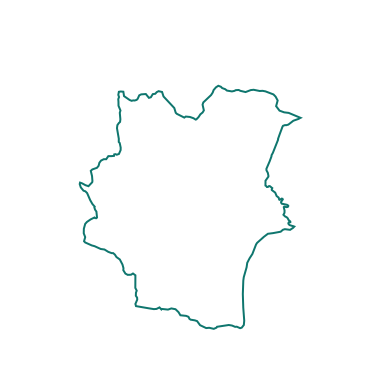 Kindia, Kindia, Guinea (orthographic projection), rotated 303°
{"feature_id": "49546643B82751767083924", "entity_name": "Kindia", "entity_type": "district", "adm_level": 2, "iso_a3": "GIN", "parent_name": "Guinea", "parent_adm1": "Kindia", "projection": "orthographic", "projection_center": [-12.699, 10.108], "detail": "fine", "context": "isolated", "style": "outline", "palette": "teal", "viewbox_px": 384, "rotation_deg": 303, "n_neighbors": 0, "source": "geoboundaries", "source_scale": "gbopen_adm2", "svg_char_len": 3408}
<svg xmlns="http://www.w3.org/2000/svg" viewBox="0 0 384 384"><g transform="rotate(303 192 192)"><path d="M104.0,306.5L105.3,307.6L108.7,307.9L112.5,305.9L122.9,298.0L134.1,290.2L145.6,283.3L148.8,281.8L158.6,278.8L162.7,276.9L167.8,276.4L172.9,276.4L182.9,274.3L184.8,274.3L193.6,276.7L198.3,278.4L201.6,282.3L207.0,288.0L209.8,288.8L211.4,290.1L213.7,294.9L217.0,296.3L218.7,296.6L218.6,296.2L218.6,295.9L218.1,294.4L217.4,291.8L217.8,290.3L218.3,289.8L219.2,289.7L220.2,290.9L220.8,290.5L221.1,288.3L222.1,286.6L222.4,285.2L222.2,283.3L222.7,281.1L224.9,280.9L226.9,279.7L228.5,278.0L229.3,277.2L229.9,277.3L230.9,279.7L231.6,280.4L232.3,280.5L233.0,280.1L233.0,279.2L233.0,278.6L231.1,273.7L231.6,272.5L232.2,272.1L235.2,272.2L235.6,271.6L235.3,270.8L233.2,269.8L233.1,269.3L234.5,267.7L234.7,265.2L236.8,262.1L237.1,257.9L237.7,257.4L239.0,257.2L239.3,254.0L238.8,253.3L237.9,253.1L237.3,252.6L237.0,252.1L237.4,251.1L237.4,250.1L241.5,247.5L246.5,247.7L247.4,247.1L249.4,245.1L250.7,242.7L251.9,241.8L260.1,240.4L261.4,240.1L265.0,239.3L266.2,238.7L268.9,238.5L282.8,235.7L283.2,235.3L288.1,234.1L296.2,232.3L297.1,232.3L298.8,233.6L299.3,234.6L301.0,236.1L307.0,238.2L311.4,241.6L312.3,242.0L313.3,242.6L311.0,230.0L309.0,225.9L307.9,221.1L309.8,215.8L315.4,214.0L317.5,210.2L318.2,207.2L316.4,198.8L315.3,196.1L313.6,193.8L311.3,188.0L309.5,185.8L305.0,182.5L303.2,177.5L303.0,175.6L301.3,173.3L299.8,172.4L298.1,170.7L296.1,166.1L296.3,163.8L295.6,160.7L296.0,158.9L295.4,156.2L294.2,155.7L292.9,155.1L289.3,154.6L286.7,155.2L283.7,155.2L273.3,152.7L271.0,153.3L266.9,157.5L264.5,157.6L261.7,156.7L258.4,156.7L255.3,156.1L254.7,155.6L254.7,153.1L253.8,149.4L251.9,145.7L250.2,145.0L249.3,136.7L249.6,135.2L252.8,131.4L256.6,116.1L259.6,112.4L258.7,110.0L258.4,109.1L256.5,108.0L254.4,107.7L252.7,105.8L249.1,105.9L247.5,104.6L249.0,99.9L246.2,96.2L244.3,95.1L240.6,95.7L239.1,95.4L237.5,94.1L236.8,92.8L235.6,91.7L235.2,89.6L235.4,82.8L238.7,79.8L237.9,78.3L237.4,77.4L236.2,76.1L233.3,77.3L231.9,79.1L229.7,79.6L227.6,81.2L224.3,83.4L221.4,87.6L219.1,88.3L214.0,92.3L211.6,93.5L210.0,93.1L207.4,93.0L206.4,93.5L204.7,94.3L196.8,101.6L194.1,103.3L193.7,104.7L190.4,108.0L188.3,109.3L184.1,110.0L182.3,108.6L182.1,107.3L181.2,106.3L179.8,106.9L178.3,105.0L176.5,102.3L172.8,102.2L171.4,100.1L168.8,98.6L166.1,98.4L163.1,99.4L160.5,99.1L158.3,97.4L156.6,96.1L154.6,95.6L150.9,99.5L147.0,102.5L145.8,103.0L140.5,102.0L139.7,99.0L139.4,95.1L138.9,93.0L137.5,93.5L135.3,96.2L134.0,100.3L134.5,102.2L134.0,104.6L129.7,111.1L127.7,115.0L126.7,118.4L125.9,118.5L124.4,120.3L123.5,122.5L118.9,126.2L118.0,126.1L117.3,124.9L117.5,124.1L113.8,121.9L109.7,120.2L107.1,119.8L102.3,121.3L98.4,123.7L96.0,127.0L91.9,128.3L91.5,129.9L92.6,137.0L93.5,139.8L94.5,146.5L96.1,149.9L96.2,154.4L97.0,158.0L97.8,159.2L97.5,161.4L96.3,164.1L96.1,168.2L93.3,173.2L90.8,176.0L89.0,177.0L87.3,180.6L87.5,183.2L89.4,185.9L91.5,186.9L91.3,189.9L80.7,196.7L79.1,199.4L77.1,199.8L74.4,201.4L73.5,203.5L71.9,204.7L67.3,205.5L65.8,207.2L68.2,212.8L70.7,218.6L73.0,223.8L74.6,225.9L77.5,227.6L76.8,230.3L77.5,230.4L80.3,235.9L83.1,238.1L84.7,242.0L83.9,246.1L82.3,249.4L84.9,254.5L85.4,257.0L84.2,259.0L84.2,260.4L85.9,264.3L86.5,266.6L84.7,271.3L85.6,278.0L87.5,280.4L89.1,284.8L91.5,286.4L92.6,286.4L100.5,295.3L101.8,298.3L102.4,301.6L103.4,302.9L104.0,306.5L104.0,306.5Z" fill="none" stroke="#0f766e" stroke-width="2"/></g></svg>